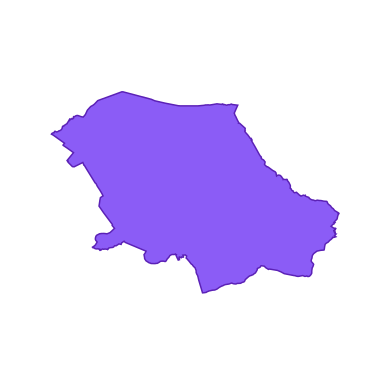 Albeni, Gorj, Romania (Equal Earth projection), rotated 14°
{"feature_id": "2599482B6385563312435", "entity_name": "Albeni", "entity_type": "district", "adm_level": 2, "iso_a3": "ROU", "parent_name": "Romania", "parent_adm1": "Gorj", "projection": "equal_earth", "projection_center": [23.622, 45.016], "detail": "fine", "context": "isolated", "style": "filled", "palette": "violet", "viewbox_px": 384, "rotation_deg": 14, "n_neighbors": 0, "source": "geoboundaries", "source_scale": "gbopen_adm2", "svg_char_len": 5998}
<svg xmlns="http://www.w3.org/2000/svg" viewBox="0 0 384 384"><g transform="rotate(14 192 192)"><path d="M325.8,245.7L326.5,245.1L327.3,243.7L327.8,242.1L327.6,240.7L327.3,239.7L327.0,236.6L327.4,235.0L327.5,233.4L327.5,232.7L327.1,232.3L324.8,230.7L324.3,230.1L324.2,228.4L324.4,227.0L324.2,225.7L324.2,224.5L324.4,223.8L325.0,222.3L327.6,219.1L330.9,217.5L334.1,216.4L334.2,216.0L334.2,215.4L333.9,212.7L333.9,211.7L333.8,210.9L333.9,210.4L334.8,209.0L336.1,207.9L337.5,205.4L338.3,204.5L339.2,203.1L339.4,202.0L340.1,202.0L340.3,201.7L340.6,201.7L341.2,201.4L342.4,200.6L340.9,200.0L341.1,199.7L341.1,199.2L341.5,198.8L341.9,198.0L341.2,198.1L341.1,197.8L340.5,197.3L340.9,197.0L340.8,196.7L339.6,196.2L339.5,195.9L339.1,195.5L339.0,195.3L339.6,195.2L339.2,194.9L339.8,194.5L339.4,193.6L340.2,193.5L340.2,193.4L340.1,193.1L340.3,192.6L340.0,192.5L339.6,192.8L339.3,192.6L339.1,192.9L338.9,193.0L335.2,191.6L336.7,189.1L337.4,188.8L337.4,188.4L338.1,187.1L337.1,187.0L339.3,183.1L339.2,179.9L339.4,178.2L339.1,177.7L339.8,177.4L339.7,177.1L338.9,176.7L334.9,175.5L333.2,174.1L331.3,173.3L329.7,171.9L327.8,171.1L326.8,170.5L326.3,170.0L325.7,169.1L325.2,168.6L324.9,168.5L322.1,169.0L319.1,169.1L317.8,169.4L315.6,169.6L315.3,169.7L314.1,170.5L313.3,170.7L311.9,170.4L311.3,170.6L309.4,170.5L308.6,170.2L307.3,169.8L306.9,169.1L306.4,168.9L305.5,168.9L303.2,168.6L302.8,168.2L302.7,167.8L302.0,168.2L300.8,168.1L298.8,169.6L298.5,169.6L298.1,169.2L297.2,169.2L296.2,168.5L293.9,167.3L293.5,167.0L291.7,167.9L291.3,167.9L290.2,167.2L289.7,166.4L288.8,166.4L287.8,165.6L287.6,165.1L286.3,164.5L286.3,163.6L285.8,161.8L283.8,159.4L281.6,157.6L281.5,157.1L281.2,156.8L280.8,156.8L279.8,157.3L278.4,157.5L277.4,157.9L277.2,157.2L275.8,156.2L275.2,155.5L273.9,154.7L273.2,154.5L271.6,154.7L270.8,155.3L270.2,156.0L268.8,153.0L267.7,152.2L265.2,151.6L260.1,149.5L259.1,149.2L258.8,149.4L258.1,149.3L257.7,149.0L257.2,148.6L256.3,148.2L255.9,147.9L255.6,147.4L255.8,146.2L255.6,145.1L253.7,143.6L251.9,143.1L251.2,142.7L250.8,142.0L250.9,141.5L250.3,140.9L249.6,140.6L248.5,139.6L241.9,132.5L237.1,127.6L237.7,127.1L237.2,126.5L236.4,125.7L235.9,126.1L231.9,122.8L230.7,122.1L228.6,120.5L228.5,120.1L228.8,119.7L228.5,119.4L228.2,117.3L221.6,113.8L220.6,113.9L220.7,113.6L220.6,113.4L218.6,111.2L216.2,108.2L214.8,106.8L214.7,106.3L213.9,105.3L215.4,96.7L209.7,97.4L209.4,97.2L208.8,97.2L207.4,98.2L206.0,98.5L204.7,99.4L202.4,99.3L201.6,99.6L201.4,99.3L200.9,99.3L200.6,99.4L200.3,99.2L199.8,99.5L199.8,99.8L194.9,100.4L188.0,103.4L187.2,103.4L184.0,104.3L182.6,105.0L176.9,107.0L159.6,111.3L157.8,111.6L144.5,112.3L133.8,112.5L130.2,111.9L100.9,111.5L99.6,111.8L79.2,125.6L78.4,126.2L76.1,130.3L75.0,131.7L73.1,133.5L72.5,134.5L70.9,137.5L70.6,138.3L69.9,142.2L69.4,143.5L68.3,145.6L66.1,145.7L63.2,145.4L62.0,145.5L60.8,146.2L60.3,146.8L59.4,147.5L58.9,147.5L58.8,148.0L59.2,148.8L58.7,149.2L58.8,149.6L58.2,150.1L57.6,149.9L57.5,150.3L56.9,150.6L56.3,151.4L56.2,151.2L56.0,150.6L55.8,150.6L55.3,152.1L55.6,152.6L55.1,152.9L54.7,154.1L54.6,154.7L54.3,155.2L54.3,155.7L54.3,155.9L53.7,156.3L53.2,157.0L51.7,158.5L51.7,159.0L50.7,159.4L50.6,159.6L50.8,159.8L50.5,160.5L50.6,161.8L50.1,163.2L49.8,163.5L48.8,164.6L48.0,164.9L47.4,165.7L46.6,166.2L46.0,166.5L45.3,166.4L44.6,166.2L44.2,166.3L43.9,166.8L43.8,167.9L43.0,168.1L41.8,169.2L41.6,169.9L43.6,170.4L56.5,175.5L55.5,177.7L55.6,177.9L60.3,179.6L67.5,182.5L63.2,191.6L64.3,192.0L64.0,192.6L64.6,192.9L64.7,193.2L69.8,196.3L71.5,196.1L78.9,189.8L79.3,190.3L80.5,191.9L80.7,192.2L81.1,192.2L84.0,195.1L95.8,206.6L96.8,207.0L98.8,209.4L102.3,212.6L105.3,215.7L106.6,217.3L104.5,219.6L104.6,222.1L105.2,228.2L111.1,233.4L122.6,242.8L122.6,243.8L125.6,246.0L123.5,249.4L122.2,251.3L119.7,253.1L116.6,253.5L114.1,254.2L112.4,254.9L109.9,257.1L109.5,258.2L109.4,259.7L109.6,261.1L110.3,262.2L111.8,263.2L112.0,263.7L111.1,266.7L110.0,268.3L108.8,269.6L109.5,270.1L110.5,269.9L111.6,270.4L112.9,270.4L114.1,270.0L114.4,269.8L114.8,270.0L115.4,269.9L116.5,269.9L116.4,270.6L116.5,270.7L116.9,270.9L118.1,270.0L118.4,269.4L118.9,269.0L120.3,268.9L121.3,268.4L123.6,268.1L124.1,268.3L124.4,267.9L124.4,267.1L124.8,266.6L125.9,265.9L128.6,264.9L129.4,264.1L129.6,263.4L129.9,262.9L130.2,262.7L131.2,262.7L132.7,261.2L133.4,260.2L134.6,260.0L135.9,260.0L136.1,258.3L138.0,256.2L138.5,256.6L139.6,257.1L161.7,260.5L161.5,262.0L160.6,264.4L161.7,266.8L162.2,268.2L164.0,269.9L167.5,271.1L168.9,271.1L169.5,271.3L173.2,270.5L173.8,270.3L174.0,270.1L175.4,269.7L176.1,269.2L176.6,268.6L177.4,267.9L177.9,267.1L178.9,266.6L181.0,266.0L182.5,266.0L183.1,265.8L183.7,264.8L183.8,264.1L184.1,263.1L185.4,260.7L185.9,259.0L187.6,257.5L190.0,256.9L191.0,256.2L191.5,256.9L191.8,256.8L191.7,257.1L193.5,259.5L194.6,260.7L194.9,261.3L195.1,261.4L196.2,260.7L195.4,259.1L195.3,258.7L195.4,258.2L195.9,258.4L196.3,258.2L197.1,258.5L197.5,258.4L197.5,257.6L198.8,257.5L199.4,257.3L199.5,257.1L199.1,256.3L198.4,255.5L200.8,254.7L202.3,255.4L202.3,257.1L202.4,257.6L202.7,257.6L204.9,259.2L205.8,259.8L208.6,262.0L209.9,262.5L211.5,263.9L213.2,264.7L215.1,267.4L215.4,268.8L216.3,270.3L217.5,271.5L218.3,272.8L219.7,275.6L226.6,287.3L227.9,286.9L230.0,286.0L230.5,285.4L232.5,283.9L235.7,282.3L237.8,281.6L239.8,280.1L241.5,278.0L243.8,275.9L244.4,275.7L245.4,274.7L246.7,273.8L250.2,272.3L252.4,270.8L252.9,270.8L254.3,271.0L256.1,270.8L257.1,270.5L257.9,269.8L258.6,269.6L261.0,268.9L261.6,268.5L262.5,267.6L264.1,266.7L264.6,265.9L264.9,264.1L267.5,260.3L268.4,259.3L269.3,258.9L269.9,258.4L271.2,257.5L272.1,256.2L273.1,255.2L273.4,254.3L274.0,252.2L274.1,251.5L273.9,250.6L274.0,250.3L275.6,249.1L276.2,248.5L276.5,248.1L276.6,247.3L276.9,246.9L277.4,246.7L280.1,246.5L281.8,247.6L284.9,248.6L285.4,248.2L286.1,248.0L293.9,247.4L297.7,248.0L301.1,248.9L301.9,248.9L311.6,248.4L312.3,248.2L313.2,248.4L315.0,248.3L316.0,248.0L319.4,246.4L319.9,246.3L321.7,246.6L322.8,246.3L323.7,245.7L324.7,246.0L325.8,245.7Z" fill="#8b5cf6" stroke="#5b21b6" stroke-width="1.5"/></g></svg>